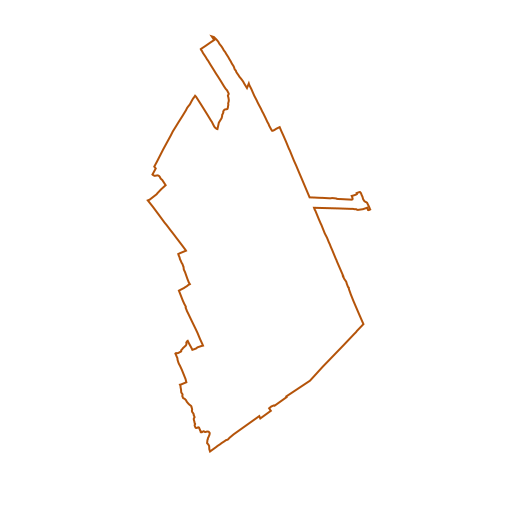 outline of Stiubieni, Botosani, Romania, rotated 195°
{"feature_id": "2599482B57702858743031", "entity_name": "Stiubieni", "entity_type": "district", "adm_level": 2, "iso_a3": "ROU", "parent_name": "Romania", "parent_adm1": "Botosani", "projection": "albers", "projection_center": [26.776, 47.985], "detail": "fine", "context": "isolated", "style": "outline", "palette": "amber", "viewbox_px": 512, "rotation_deg": 195, "n_neighbors": 0, "source": "geoboundaries", "source_scale": "gbopen_adm2", "svg_char_len": 6026}
<svg xmlns="http://www.w3.org/2000/svg" viewBox="0 0 512 512"><g transform="rotate(195 256 256)"><path d="M355.6,456.7L352.3,453.8L354.8,451.0L359.1,445.9L362.9,441.6L362.7,441.2L361.1,439.9L359.9,438.5L356.0,435.1L354.0,433.1L353.1,432.5L349.6,429.1L345.6,425.4L341.8,421.8L339.2,419.5L335.3,415.9L330.7,411.5L328.4,409.5L326.9,408.6L325.9,407.5L325.2,406.7L324.4,405.8L324.3,404.9L324.7,403.9L324.4,403.1L323.6,401.8L322.6,399.5L322.5,398.9L322.4,398.2L322.4,397.3L322.4,396.2L321.9,395.0L321.8,394.2L321.8,393.4L321.6,392.2L321.6,391.4L321.7,390.6L322.5,390.1L323.8,389.6L324.3,389.1L324.8,388.2L325.0,387.3L325.0,386.8L324.7,386.2L324.9,384.7L325.2,383.6L324.9,382.2L324.9,380.2L326.4,375.2L326.2,371.0L326.1,368.6L326.9,368.6L329.1,369.6L329.9,370.3L331.2,371.7L333.5,374.3L334.4,375.0L339.3,379.7L348.4,388.2L355.1,394.3L356.3,395.0L356.6,394.0L357.0,393.1L357.1,392.6L357.4,392.2L357.9,390.5L358.0,390.0L358.4,388.5L358.9,386.2L359.2,385.1L359.9,383.6L360.8,381.4L361.2,379.6L361.3,378.9L363.3,372.1L365.4,365.4L366.8,360.7L368.6,354.8L369.5,350.4L371.1,343.8L373.3,334.7L374.0,331.4L376.1,321.5L377.4,316.0L375.5,314.6L377.1,307.9L376.5,307.6L375.5,307.3L374.6,307.2L372.0,308.4L371.1,308.4L370.2,308.1L369.5,307.6L368.1,306.1L367.2,305.6L366.3,305.2L364.5,303.6L363.5,302.7L361.6,301.0L364.9,295.9L367.7,290.7L367.9,290.0L373.3,282.9L374.9,281.7L368.3,276.8L359.6,269.9L353.0,264.6L350.3,262.7L345.7,259.1L342.1,256.4L337.6,252.9L330.2,247.2L325.4,243.4L325.0,243.0L330.1,239.1L331.6,237.8L330.7,236.4L329.7,235.2L329.1,234.2L328.7,233.4L328.3,232.9L327.4,231.9L326.6,230.8L325.9,230.0L324.8,229.0L324.1,227.9L323.8,227.4L323.4,227.1L323.2,226.6L322.9,226.0L322.5,224.9L322.2,224.2L320.4,222.1L316.1,215.8L314.0,213.0L312.6,211.7L314.0,210.4L314.4,209.7L315.2,208.7L316.3,207.6L317.2,206.5L321.5,202.6L315.1,193.9L312.8,191.1L310.7,188.9L310.5,188.4L310.5,188.0L311.0,187.3L310.8,187.4L310.3,187.2L309.9,186.9L309.5,186.5L308.6,185.1L306.8,183.1L301.5,176.9L295.5,170.0L292.7,166.7L290.1,163.3L288.4,161.1L285.0,157.0L284.0,155.7L285.8,154.7L288.9,152.6L290.0,151.1L292.0,149.7L293.2,148.9L294.1,150.0L298.2,154.3L300.0,156.4L300.3,156.1L300.8,154.8L300.9,154.3L300.8,154.0L300.4,153.3L300.4,152.2L300.6,151.4L302.7,148.1L303.2,146.8L303.8,145.8L303.8,145.1L303.6,144.5L304.1,143.9L304.9,143.3L305.3,142.9L305.6,142.5L305.9,142.3L306.3,142.0L306.9,141.7L307.8,141.6L308.4,141.3L308.6,140.8L308.1,140.3L306.5,138.2L306.3,138.0L305.5,137.0L304.9,135.4L303.4,133.0L302.4,131.7L301.2,130.5L298.2,126.9L292.2,118.9L290.6,116.0L295.3,112.4L296.1,112.0L295.4,111.1L294.7,109.3L294.0,107.9L293.6,106.9L293.0,105.1L292.6,104.6L291.3,103.5L291.1,103.2L291.0,102.9L291.0,102.0L291.0,101.7L290.6,101.2L290.0,100.4L289.8,100.1L289.6,99.9L287.8,99.5L286.5,98.7L286.1,98.5L285.4,97.5L283.3,96.0L281.9,95.2L280.4,94.6L279.8,94.3L279.4,93.9L279.2,93.3L278.6,92.5L278.3,91.9L278.0,91.3L277.9,90.8L277.9,90.1L277.7,89.6L277.4,89.0L275.7,87.6L275.4,87.1L275.2,87.0L275.1,86.6L275.0,86.2L273.9,84.9L273.6,84.3L273.6,84.2L273.9,83.5L274.0,83.0L273.8,82.0L273.7,81.8L273.1,80.8L272.7,80.2L272.5,79.7L272.1,78.8L271.9,78.6L271.6,78.4L271.4,78.2L271.3,77.9L271.3,77.6L271.5,77.1L271.5,76.8L271.4,76.4L270.7,75.4L270.0,74.6L269.7,74.4L269.2,74.4L268.0,75.0L267.5,75.6L266.6,75.5L266.4,75.2L265.7,74.2L265.3,73.9L264.9,73.1L264.0,72.5L264.0,72.4L264.1,72.1L264.0,71.8L263.8,71.6L263.6,71.5L262.9,71.7L262.5,71.9L262.3,72.2L262.1,72.4L261.7,72.8L261.4,73.1L261.1,73.1L260.7,73.1L259.9,72.8L259.6,72.8L259.3,72.9L257.8,73.8L256.8,74.0L256.3,74.0L255.9,73.8L255.2,73.3L254.9,73.0L254.8,72.5L254.7,71.6L254.7,71.1L255.0,68.9L255.3,67.5L255.1,66.7L255.3,65.6L255.2,65.1L254.8,62.6L254.6,62.4L254.0,62.1L253.2,61.5L252.7,61.0L252.1,60.3L251.8,59.5L251.4,58.2L251.1,57.3L249.8,55.3L245.0,61.2L244.0,62.6L242.0,64.8L240.8,66.4L238.6,68.8L237.3,70.4L235.9,71.2L235.6,71.5L234.5,73.6L231.4,78.0L211.4,102.2L209.8,100.2L201.6,110.3L203.9,112.3L202.3,114.6L199.9,116.4L199.3,116.2L189.9,127.6L190.4,128.2L171.6,149.5L162.8,166.5L148.4,192.4L141.2,205.7L139.7,208.3L139.1,209.8L134.6,218.0L141.7,226.9L150.2,237.7L154.9,244.0L155.4,244.8L157.5,247.8L157.9,248.6L158.2,249.4L158.5,249.4L158.8,249.6L159.3,250.2L161.2,252.8L162.0,254.2L162.3,254.6L164.7,256.6L166.1,258.2L166.6,258.6L166.9,259.1L166.6,259.3L176.6,271.9L177.4,273.1L178.0,273.7L182.9,280.1L183.8,281.3L186.2,284.3L187.8,286.5L189.1,288.0L192.1,292.0L195.4,295.6L201.0,303.1L202.0,304.2L203.0,305.5L204.6,307.5L210.3,315.0L211.3,316.0L212.4,317.6L188.2,323.4L176.0,326.2L174.7,326.6L173.0,326.7L171.5,327.1L171.1,327.1L170.3,326.8L169.5,326.9L164.8,328.9L161.1,331.4L160.8,330.9L159.7,329.4L159.3,329.4L158.6,329.8L157.8,330.5L158.4,331.2L158.7,331.7L158.8,331.8L159.7,333.0L161.5,335.0L162.4,336.1L163.3,336.5L164.3,336.6L165.6,337.1L167.3,338.7L168.5,340.8L169.8,342.3L170.8,343.8L172.1,344.7L172.5,344.6L175.1,342.8L174.6,341.9L175.4,341.1L177.8,339.5L179.1,338.8L178.3,337.7L177.6,336.6L177.5,336.1L177.5,335.7L178.1,335.2L189.0,332.9L190.1,332.6L191.6,332.3L192.6,332.1L193.1,332.3L193.4,332.3L195.0,332.1L197.4,331.7L199.3,330.9L206.6,329.4L209.9,328.6L214.6,327.6L219.4,326.5L232.4,343.2L236.1,347.9L240.5,353.6L244.1,358.0L250.9,367.0L251.7,367.8L252.4,368.7L256.5,374.1L261.2,380.0L263.7,383.0L266.5,386.6L267.8,385.5L269.3,384.2L270.9,382.4L272.1,381.4L272.6,381.2L272.8,381.1L273.0,381.2L274.3,382.4L277.1,385.4L278.0,386.7L279.7,388.4L282.7,392.0L286.1,395.9L287.3,397.1L289.3,399.5L292.4,402.8L294.3,404.9L295.7,406.6L299.2,410.4L302.4,414.4L302.6,414.7L304.0,416.4L306.2,418.8L307.3,420.2L307.6,420.7L308.2,415.9L311.5,419.0L312.2,419.7L313.6,421.2L316.2,423.3L318.5,424.9L319.5,425.9L322.0,428.0L322.8,428.8L323.5,429.9L324.7,430.6L325.4,431.5L325.9,432.4L326.8,433.5L327.4,434.1L328.0,434.6L329.0,435.5L330.2,436.8L330.6,437.3L332.8,439.4L334.1,440.8L337.4,443.8L338.4,444.9L339.9,446.0L340.4,446.4L341.0,447.0L341.3,447.4L343.0,449.0L344.2,450.0L345.1,450.6L346.3,451.5L347.9,453.2L350.0,454.7L353.3,456.6L355.6,456.7Z" fill="none" stroke="#b45309" stroke-width="2"/></g></svg>